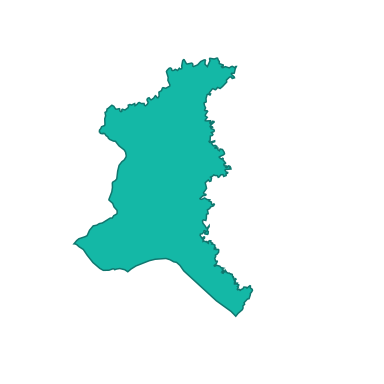 Chhloung, Krâchéh, Cambodia (Robinson projection), rotated 225°
{"feature_id": "14789045B96545795392219", "entity_name": "Chhloung", "entity_type": "district", "adm_level": 2, "iso_a3": "KHM", "parent_name": "Cambodia", "parent_adm1": "Krâchéh", "projection": "robinson", "projection_center": [106.098, 12.159], "detail": "fine", "context": "isolated", "style": "filled", "palette": "teal", "viewbox_px": 384, "rotation_deg": 225, "n_neighbors": 0, "source": "geoboundaries", "source_scale": "gbopen_adm2", "svg_char_len": 6100}
<svg xmlns="http://www.w3.org/2000/svg" viewBox="0 0 384 384"><g transform="rotate(225 192 192)"><path d="M269.2,304.2L270.3,301.8L273.9,299.2L273.8,298.6L272.1,297.5L269.8,291.5L273.1,291.5L275.0,293.5L275.4,294.5L276.2,294.7L276.9,293.8L278.1,290.4L277.9,285.9L279.6,281.8L280.5,281.6L281.9,283.0L282.8,283.1L283.5,282.8L286.0,279.0L286.7,278.8L291.1,280.0L291.6,279.6L291.4,278.2L288.3,273.7L287.2,273.0L286.5,271.8L287.2,270.7L288.5,270.6L288.1,267.7L290.6,266.9L290.7,265.4L291.6,264.1L292.3,263.8L293.7,264.7L294.5,264.6L295.2,264.3L295.7,263.1L295.6,260.2L295.2,259.0L289.9,256.2L288.0,253.9L283.3,252.1L282.6,251.1L283.9,246.8L286.3,245.3L286.4,244.5L285.3,242.1L286.0,239.2L283.0,236.5L282.7,234.5L283.4,234.0L285.1,234.4L286.0,234.2L285.5,231.3L285.9,228.6L286.4,228.0L289.0,228.3L289.5,227.3L289.4,225.8L288.3,224.9L286.6,224.5L286.1,223.8L285.6,222.4L285.9,220.0L286.9,219.7L288.5,220.7L290.4,218.7L292.6,218.0L293.0,217.2L292.8,215.4L293.3,212.8L295.1,214.0L296.3,210.7L297.8,210.0L298.5,208.3L297.4,207.6L296.8,206.5L297.4,202.6L299.8,201.3L299.8,200.6L298.7,199.3L298.9,198.8L299.2,198.4L300.4,198.4L302.0,199.6L302.4,199.5L303.6,197.5L304.7,196.7L307.9,197.3L309.8,196.8L310.1,196.6L310.4,191.9L310.8,190.8L309.3,188.4L309.8,186.8L306.9,184.8L305.5,182.1L301.4,178.3L300.8,177.2L302.1,174.2L301.3,172.2L301.2,170.4L300.0,169.0L299.2,169.2L298.3,168.7L297.0,169.5L296.5,170.5L296.1,170.3L295.6,171.3L294.6,171.5L292.7,171.1L290.5,171.5L289.1,170.9L287.3,171.0L283.6,172.4L282.0,173.7L276.3,173.0L269.7,173.8L267.2,173.2L264.1,171.1L263.4,170.0L262.6,166.7L263.0,163.8L262.4,159.3L259.4,154.3L254.5,148.1L254.3,145.9L255.0,143.2L254.7,142.0L251.4,138.9L248.8,135.4L245.5,128.0L245.0,127.6L240.1,127.9L236.6,126.3L231.9,126.0L229.8,123.9L229.7,123.1L230.6,119.9L230.0,117.2L231.4,115.7L233.5,106.7L235.2,104.1L235.9,101.2L237.9,98.2L237.4,92.5L235.3,87.0L236.0,84.8L238.9,79.0L239.2,76.2L238.8,71.9L237.9,72.7L236.2,73.3L233.4,73.4L228.2,74.5L221.5,73.2L212.1,72.1L203.1,72.8L199.3,73.9L195.4,78.0L193.6,81.8L192.8,82.4L191.7,82.4L191.0,84.0L189.0,86.8L184.6,89.5L181.0,90.2L180.6,94.6L179.3,100.2L173.6,113.3L170.5,118.4L163.4,126.6L159.6,128.6L155.6,129.7L153.2,131.3L148.7,131.6L142.0,130.4L97.9,132.3L79.9,135.2L73.2,135.1L73.6,138.7L73.2,144.4L73.9,146.1L75.4,147.4L75.4,149.8L76.9,150.5L77.1,155.5L76.2,156.9L78.1,160.6L79.1,161.6L79.0,162.7L79.6,165.1L80.6,165.8L82.8,165.4L84.3,166.9L84.8,166.7L85.2,162.9L86.3,163.0L88.1,161.5L87.6,159.6L88.4,157.6L88.2,156.7L88.4,156.4L89.9,156.5L90.6,155.1L91.2,155.2L91.9,157.3L93.0,157.3L92.7,158.7L93.5,159.5L95.0,158.6L95.5,159.6L96.0,158.9L96.7,158.8L97.0,158.4L96.4,157.4L97.0,157.0L98.0,158.1L97.8,158.6L98.2,159.5L98.9,159.2L99.2,159.5L99.2,161.5L99.9,161.5L100.0,159.8L100.3,159.6L101.1,160.5L102.5,161.1L102.5,160.6L103.8,161.1L105.3,162.2L106.6,161.6L106.6,161.3L108.4,161.0L108.9,160.3L110.3,159.7L113.3,160.2L112.8,158.7L112.3,158.7L113.0,157.7L112.5,156.6L113.1,156.2L113.4,157.0L114.4,156.5L114.4,157.3L113.7,158.0L113.9,158.4L114.9,159.0L115.6,158.5L116.3,159.1L115.9,160.4L118.2,159.0L119.9,159.2L122.2,157.9L122.8,157.5L123.4,155.6L124.1,155.5L124.4,155.8L124.0,157.8L124.9,160.7L125.5,160.9L126.0,159.9L126.5,159.9L129.1,161.2L129.5,163.0L130.8,163.9L130.3,165.8L130.6,168.2L132.2,170.0L133.0,169.9L134.2,168.3L135.4,169.0L135.8,167.4L136.6,168.1L136.7,169.4L137.5,169.5L138.2,170.6L140.3,170.0L141.2,169.3L141.5,170.3L143.5,169.8L144.1,170.8L145.1,170.1L145.5,168.5L144.3,167.3L145.7,167.0L146.7,167.3L147.2,166.5L148.9,165.8L149.2,164.9L150.6,166.3L150.5,168.1L151.2,169.0L151.7,168.9L152.0,168.1L151.9,166.3L155.5,167.0L156.3,168.1L155.2,169.8L155.3,171.9L156.1,173.1L156.0,173.5L154.0,174.0L154.0,172.0L153.2,171.5L151.1,172.9L151.0,173.7L152.4,175.5L154.2,175.7L155.3,178.4L155.3,179.5L156.1,180.3L155.7,177.2L156.8,176.6L157.9,177.1L162.4,177.7L164.2,179.1L164.3,180.3L162.1,181.6L163.2,183.5L166.0,186.5L165.2,188.1L168.5,190.3L167.8,192.8L168.3,194.6L167.0,197.4L167.4,199.0L168.1,199.1L168.7,197.4L169.5,197.2L171.3,198.6L173.6,197.7L173.9,199.0L176.0,197.3L178.9,196.7L179.9,193.7L181.1,192.8L181.8,193.0L181.6,197.1L180.3,198.8L180.1,199.9L180.7,200.1L182.3,199.1L183.3,199.5L184.3,204.9L189.2,207.9L189.0,212.0L187.0,211.9L186.4,213.2L188.1,215.7L189.4,215.6L188.7,217.8L188.7,219.5L187.3,220.0L185.7,221.5L183.8,220.9L183.5,221.4L183.7,224.7L182.4,226.2L180.6,225.4L179.5,227.8L180.8,229.0L180.6,230.0L180.1,230.3L180.3,230.9L180.7,231.1L181.6,230.3L183.9,230.6L184.4,231.4L180.7,235.8L181.6,236.4L182.0,235.9L182.6,236.0L182.9,236.9L183.5,236.9L184.6,236.4L184.5,234.5L185.0,233.5L185.5,233.4L185.2,234.7L185.7,235.0L187.7,233.4L189.1,234.1L189.2,234.6L188.4,235.7L188.7,236.2L192.7,236.6L193.7,237.7L194.2,237.6L194.4,236.1L196.9,235.7L197.5,235.9L197.5,236.4L196.0,240.5L196.0,242.0L197.5,242.9L200.5,243.6L202.5,242.3L201.8,240.5L203.5,240.2L204.8,241.4L206.8,239.4L207.1,239.8L206.3,241.0L206.4,241.6L206.9,241.8L208.7,241.3L209.2,240.1L209.8,239.8L212.8,240.2L212.9,240.8L211.6,243.6L212.2,244.2L214.7,239.5L215.2,239.7L215.8,239.9L215.5,240.9L215.7,241.3L218.6,244.5L217.6,246.5L217.9,247.5L220.3,247.8L219.3,249.9L219.4,251.0L220.7,251.6L223.3,250.3L223.8,251.3L223.2,252.3L223.6,252.5L224.4,252.1L224.8,250.9L225.6,251.2L226.0,253.3L225.8,257.1L226.3,257.4L227.5,256.6L227.6,255.0L227.1,253.2L228.2,253.4L229.4,255.4L231.9,252.6L233.1,251.8L233.5,252.2L234.0,255.6L236.3,255.2L237.2,256.1L238.0,260.1L238.9,260.1L240.2,258.8L241.0,258.8L241.9,261.1L244.0,261.8L246.2,263.2L246.5,264.0L245.7,265.2L245.8,265.9L248.2,268.0L250.2,271.6L249.8,272.5L247.8,273.3L248.2,274.5L249.4,273.9L249.9,274.5L250.5,278.9L250.3,279.9L247.9,280.7L247.6,281.1L247.8,284.1L245.3,285.1L245.0,288.2L245.2,294.3L246.8,295.5L246.7,299.8L245.7,301.0L243.8,300.7L242.7,302.8L243.4,303.2L247.3,303.1L247.9,303.6L247.9,304.1L246.2,305.6L246.2,306.0L248.6,309.8L249.4,312.1L249.8,311.7L249.9,310.0L252.3,309.4L252.9,308.5L253.4,306.1L257.1,304.2L257.8,302.2L258.6,301.3L259.9,301.6L259.1,303.3L259.8,303.9L263.5,302.1L265.0,303.6L266.6,303.8L268.6,304.7L269.2,304.2Z" fill="#14b8a6" stroke="#0f766e" stroke-width="1.5"/></g></svg>